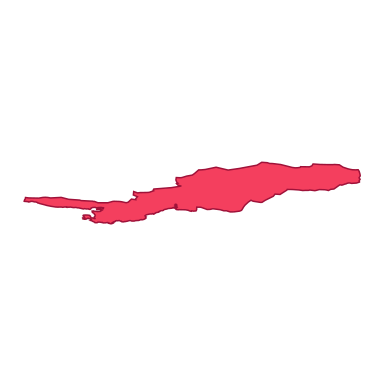 the district of Naustdal nor, Sogn og Fjordane, Norway, rotated 4°
{"feature_id": "86288312B26006873057513", "entity_name": "Naustdal nor", "entity_type": "district", "adm_level": 2, "iso_a3": "NOR", "parent_name": "Norway", "parent_adm1": "Sogn og Fjordane", "projection": "equal_earth", "projection_center": [5.574, 61.552], "detail": "fine", "context": "isolated", "style": "filled", "palette": "rose", "viewbox_px": 384, "rotation_deg": 4, "n_neighbors": 0, "source": "geoboundaries", "source_scale": "gbopen_adm2", "svg_char_len": 5731}
<svg xmlns="http://www.w3.org/2000/svg" viewBox="0 0 384 384"><g transform="rotate(4 192 192)"><path d="M356.2,158.2L353.8,158.5L350.6,158.6L348.4,158.4L345.9,158.0L340.9,156.7L337.1,154.6L332.4,154.6L330.3,154.9L326.1,155.2L317.6,155.6L310.8,155.6L309.8,157.5L307.4,158.7L298.5,159.2L298.2,159.9L295.8,160.4L293.3,160.7L290.2,160.5L278.5,158.4L270.4,158.0L267.3,158.1L265.1,157.5L259.5,157.5L255.0,160.7L237.6,165.2L226.5,167.6L214.3,165.6L203.7,168.6L199.5,169.3L197.1,169.5L193.2,173.4L191.1,175.1L185.6,176.5L180.9,178.3L179.2,178.6L175.3,178.7L175.1,181.1L176.1,183.3L177.4,184.2L176.0,184.8L177.8,186.3L181.0,186.8L171.1,189.1L153.7,191.7L153.1,193.0L153.1,193.3L153.5,193.5L149.4,195.3L147.3,195.6L140.3,196.2L137.8,196.7L133.8,195.6L133.7,199.1L137.9,200.5L136.3,202.7L136.5,203.6L132.1,203.3L129.1,206.6L127.1,207.3L122.1,206.6L120.2,206.5L114.8,206.7L113.6,206.9L108.8,208.6L98.9,209.3L95.3,208.2L94.4,208.3L94.0,208.3L93.7,208.1L82.0,208.3L80.5,207.9L69.5,207.9L61.9,206.5L51.4,207.8L48.5,207.5L46.1,207.5L43.6,207.8L39.6,208.8L29.6,209.3L26.3,209.1L26.1,210.7L25.6,211.3L25.2,212.9L25.9,213.1L27.8,213.0L28.0,213.1L28.7,213.1L29.5,213.1L30.2,213.3L31.7,212.8L31.3,212.9L31.5,212.7L32.9,212.5L33.6,212.5L33.9,212.5L34.2,212.7L33.9,212.7L34.3,212.6L35.6,212.9L36.7,212.8L38.3,213.2L38.9,213.7L39.1,213.7L38.9,213.5L39.2,213.6L40.7,214.1L46.6,215.2L47.8,215.5L52.4,216.1L57.3,216.5L58.2,216.4L58.5,216.5L62.7,216.1L64.0,216.3L66.6,215.7L67.0,215.7L67.1,215.8L67.4,215.7L67.4,215.8L67.5,215.8L67.7,215.7L68.0,215.7L68.2,215.8L68.1,216.0L68.5,216.1L69.0,215.7L70.3,215.8L71.5,215.5L74.4,215.8L75.3,215.8L77.2,215.5L79.0,215.8L79.9,215.7L84.8,216.5L85.5,216.3L85.9,216.1L88.1,216.3L89.9,216.0L90.3,216.2L90.2,216.3L90.9,216.5L91.9,216.2L92.2,215.9L92.3,215.3L92.7,215.2L92.8,214.9L93.4,214.7L93.8,214.4L96.2,214.1L96.7,214.1L96.9,214.3L97.2,214.4L97.7,214.4L100.5,213.9L102.6,213.7L103.9,213.9L104.6,213.8L104.9,213.9L104.9,214.1L104.8,214.3L104.7,214.8L104.3,215.2L102.6,215.3L100.8,215.2L99.6,215.6L98.5,215.7L98.2,215.9L97.6,216.0L98.5,216.2L100.9,215.9L101.8,216.1L102.1,216.4L102.9,216.7L102.6,216.8L102.6,217.1L102.5,217.3L102.0,217.7L99.3,218.1L97.6,218.0L96.7,218.0L95.4,217.9L94.8,217.7L93.9,218.0L94.2,218.2L93.9,218.4L93.9,218.6L94.1,218.7L93.9,219.0L94.3,219.5L95.3,219.9L95.8,220.2L96.3,221.2L96.9,221.6L97.1,222.6L97.0,222.8L96.3,223.6L96.5,224.1L96.0,224.5L96.3,224.8L97.1,225.2L97.1,225.3L96.7,225.4L94.7,224.8L93.1,224.8L92.4,223.9L92.5,223.4L91.9,223.0L91.9,222.8L91.3,222.4L89.6,222.3L87.1,222.4L85.3,222.7L85.1,222.9L85.0,223.3L85.4,223.4L85.4,223.6L86.2,224.3L86.9,225.4L86.7,225.6L86.3,225.6L84.8,225.4L84.7,225.5L85.2,225.9L85.2,226.2L85.7,226.4L85.6,226.5L86.7,226.7L87.3,226.5L87.5,226.5L88.0,226.6L88.5,226.1L89.0,226.1L89.7,225.5L90.4,225.4L90.9,225.5L91.0,225.6L90.9,225.7L91.1,225.9L92.4,225.9L92.8,226.1L92.8,226.4L93.4,226.5L93.7,226.7L93.7,226.9L93.5,227.0L93.5,227.3L93.1,227.5L93.9,227.6L94.6,228.1L95.9,228.5L96.5,228.8L96.9,228.9L97.2,229.3L97.6,229.4L98.2,229.3L99.2,229.3L99.8,229.1L100.1,228.7L101.7,228.5L103.3,228.6L103.8,228.7L104.6,228.6L104.7,228.8L105.7,229.0L108.0,228.8L109.3,228.4L110.0,228.3L111.2,228.7L111.0,229.0L113.4,229.4L114.7,229.0L115.0,228.7L115.7,228.5L116.0,228.2L116.0,227.9L115.4,227.8L115.8,227.6L115.3,227.6L116.9,227.2L117.1,227.0L116.8,226.9L117.9,226.4L117.9,226.1L118.7,225.8L119.9,225.9L121.4,225.5L122.6,226.0L123.5,226.1L123.5,226.3L124.1,226.6L125.0,226.6L126.2,226.5L127.0,226.1L127.4,226.2L129.6,225.6L131.5,224.9L132.7,224.8L134.0,225.2L136.4,225.0L137.7,224.5L140.9,224.1L143.2,223.0L143.9,223.3L144.6,223.1L145.9,222.7L147.7,221.6L147.8,221.4L147.4,221.1L147.7,220.5L148.0,220.1L147.5,219.9L147.3,219.7L146.8,219.1L146.8,218.9L147.5,218.6L147.7,218.2L148.2,217.9L151.1,217.0L152.3,216.8L153.2,216.8L154.3,216.3L154.6,216.4L154.6,216.5L154.9,216.8L155.6,216.7L155.8,216.5L155.8,216.3L156.7,215.9L156.8,215.6L157.5,215.3L157.6,215.1L160.3,214.4L160.5,214.1L160.4,213.9L161.1,213.5L161.4,213.5L161.5,213.2L161.8,213.0L162.4,212.8L163.7,212.7L164.7,212.3L165.1,211.8L165.7,211.4L168.2,210.7L169.2,210.2L172.9,209.6L174.1,209.2L173.4,209.3L174.3,208.8L174.5,209.0L174.2,209.1L174.3,209.2L174.7,209.2L174.8,209.0L175.2,208.9L176.0,209.4L176.3,209.4L176.2,209.0L176.6,207.8L176.4,207.5L176.7,207.6L176.8,207.4L176.7,207.4L176.8,207.3L176.9,207.0L176.6,206.4L176.8,206.3L176.5,206.2L177.1,206.3L176.7,206.0L177.3,206.2L176.7,205.8L177.2,206.0L177.1,205.9L176.7,205.8L176.2,205.5L176.6,205.3L177.4,205.5L177.7,205.9L177.7,206.6L177.2,208.0L177.2,208.3L177.4,208.3L177.6,207.9L178.0,207.9L178.2,208.1L177.8,207.7L177.6,207.3L177.8,207.3L177.8,207.7L178.3,208.2L178.0,208.4L178.1,208.5L177.9,208.8L176.7,209.9L177.6,210.6L179.4,210.7L180.7,210.5L186.7,210.2L189.4,210.5L191.2,211.1L192.7,211.3L193.0,210.8L194.7,211.0L197.3,210.6L197.7,209.8L197.9,208.9L197.8,208.7L197.8,206.8L201.2,206.6L202.4,206.7L208.3,208.4L211.2,208.1L213.9,207.3L214.7,207.3L221.5,207.7L224.9,208.5L225.8,208.5L227.5,208.3L231.5,209.2L235.2,208.9L240.2,207.9L241.0,207.7L242.7,206.8L243.4,205.6L244.6,203.2L245.8,201.4L248.9,198.1L251.4,196.1L253.1,196.8L254.2,197.0L261.2,197.6L262.6,197.4L265.7,195.1L273.4,190.6L275.0,188.3L280.0,188.3L286.5,183.5L286.8,182.8L291.9,182.5L298.7,182.5L302.4,182.8L304.7,182.5L308.4,182.2L309.2,181.8L314.3,182.1L315.3,181.9L318.8,180.7L324.1,180.5L325.9,180.6L328.0,181.0L330.1,179.7L333.4,179.1L339.0,174.5L341.0,174.7L342.8,174.0L343.5,173.6L345.2,173.1L345.9,172.6L347.5,172.1L348.8,172.0L350.7,172.3L351.8,172.1L355.5,171.6L357.5,170.8L358.4,170.4L358.4,170.2L358.0,169.3L358.0,168.7L358.7,168.0L358.8,167.5L357.9,166.6L357.7,166.1L358.7,164.2L358.3,162.4L357.3,159.7L356.2,158.2Z" fill="#f43f5e" stroke="#9f1239" stroke-width="1.5"/></g></svg>